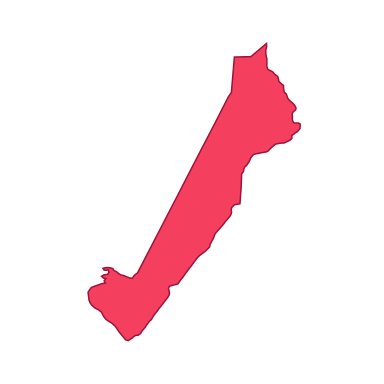 the district of São Bento, Maranhão, Brazil, rotated 324°
{"feature_id": "56859067B97105497682908", "entity_name": "São Bento", "entity_type": "district", "adm_level": 2, "iso_a3": "BRA", "parent_name": "Brazil", "parent_adm1": "Maranhão", "projection": "orthographic", "projection_center": [-45.016, -2.785], "detail": "fine", "context": "isolated", "style": "filled", "palette": "rose", "viewbox_px": 384, "rotation_deg": 324, "n_neighbors": 0, "source": "geoboundaries", "source_scale": "gbopen_adm2", "svg_char_len": 2414}
<svg xmlns="http://www.w3.org/2000/svg" viewBox="0 0 384 384"><g transform="rotate(324 192 192)"><path d="M339.6,115.6L319.2,117.1L305.6,107.7L282.4,134.6L277.1,136.5L274.0,138.1L268.7,140.8L261.0,144.7L251.6,149.5L232.2,159.2L227.3,161.6L218.2,166.2L207.6,171.5L178.0,186.5L159.4,195.8L141.0,205.1L138.5,206.3L100.4,225.4L96.5,225.5L93.2,226.7L91.2,225.1L87.4,219.1L85.6,217.2L84.7,214.9L84.1,212.2L82.7,209.7L82.9,207.3L81.6,205.6L79.5,203.6L77.2,202.2L75.1,201.4L75.0,203.5L76.5,204.9L78.4,205.6L77.7,208.1L75.2,209.0L72.2,207.3L69.3,207.0L69.8,209.7L71.4,211.4L68.7,212.2L68.4,214.7L65.8,213.4L58.1,211.0L54.2,210.1L51.0,211.2L49.0,212.0L45.2,218.8L44.4,221.7L44.4,224.5L45.5,229.3L47.0,232.1L48.1,235.8L47.4,241.0L47.5,244.1L48.2,246.6L49.9,250.6L51.0,255.6L50.8,262.4L51.4,272.5L53.0,274.7L57.7,275.0L60.1,274.7L62.4,275.0L64.2,276.2L67.1,276.3L69.1,275.3L71.6,274.7L74.3,274.1L76.1,273.3L79.2,272.3L82.2,271.4L84.2,271.4L86.7,270.1L89.2,269.2L91.5,268.6L94.0,267.9L96.4,267.0L98.7,266.4L103.0,265.2L108.1,263.7L110.2,263.1L112.2,262.3L114.1,260.9L115.3,258.7L116.2,256.4L118.0,255.0L119.9,255.5L122.1,256.3L124.7,257.4L126.7,258.1L129.3,257.1L132.4,256.1L134.9,255.5L138.1,254.3L141.1,253.4L143.6,252.6L145.8,251.9L148.0,251.4L150.9,250.4L154.9,249.2L158.2,248.2L160.4,247.9L162.4,247.8L165.2,247.8L168.3,247.7L170.9,247.3L173.7,246.9L176.1,244.9L180.0,243.0L182.3,241.9L184.3,240.6L186.2,239.4L190.5,238.3L192.9,237.9L194.8,237.4L198.0,236.7L201.5,235.6L205.2,234.7L207.9,234.1L210.0,233.3L212.0,231.8L213.4,229.3L215.0,227.9L218.9,227.3L221.9,228.8L223.9,229.7L234.5,217.1L242.7,206.7L245.8,205.6L247.7,203.7L249.5,202.7L251.7,202.6L255.1,201.4L257.4,200.3L259.5,199.0L263.4,197.8L265.7,198.5L270.3,200.6L272.9,201.9L275.8,203.3L277.8,203.6L280.1,203.1L283.0,202.7L287.7,202.4L290.4,203.6L292.7,204.7L295.3,206.5L300.4,207.5L302.4,207.7L304.5,207.2L305.9,204.9L308.1,205.1L310.2,204.9L312.8,205.1L316.6,204.2L319.5,200.6L318.6,198.7L315.2,196.2L315.1,194.3L315.8,192.3L317.3,190.4L318.4,188.3L320.1,186.9L324.5,186.3L325.7,184.8L326.0,181.6L325.6,178.9L325.1,176.7L324.6,174.4L324.6,172.4L325.2,170.5L325.9,168.1L325.3,165.5L326.8,162.4L328.6,159.6L327.7,155.9L327.3,153.8L328.3,151.5L329.3,148.9L328.1,145.3L328.0,142.6L327.1,140.6L325.4,137.2L326.5,134.1L328.9,131.0L330.8,128.3L331.8,125.9L333.1,123.4L335.1,120.6L337.8,118.3L339.6,115.6Z" fill="#f43f5e" stroke="#9f1239" stroke-width="1.5"/></g></svg>